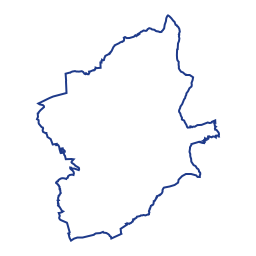 Helegiu, Bacau, Romania
{"feature_id": "2599482B3078952345821", "entity_name": "Helegiu", "entity_type": "district", "adm_level": 2, "iso_a3": "ROU", "parent_name": "Romania", "parent_adm1": "Bacau", "projection": "natural_earth1", "projection_center": [26.779, 46.352], "detail": "fine", "context": "isolated", "style": "outline", "palette": "blue", "viewbox_px": 256, "rotation_deg": 0, "n_neighbors": 0, "source": "geoboundaries", "source_scale": "gbopen_adm2", "svg_char_len": 5731}
<svg xmlns="http://www.w3.org/2000/svg" viewBox="0 0 256 256"><path d="M186.0,75.0L185.8,74.5L185.1,74.4L182.9,72.4L181.0,71.7L179.3,69.3L178.8,68.1L178.9,66.6L178.6,64.7L178.7,61.8L177.5,60.4L177.1,58.8L176.9,55.2L177.1,49.6L177.2,49.3L177.7,49.2L178.0,43.5L179.0,41.0L179.4,38.4L178.9,36.4L179.2,35.2L178.9,34.7L179.2,34.5L179.1,33.4L179.8,31.7L179.3,28.9L178.1,26.7L177.2,26.3L176.9,25.4L175.6,24.8L174.5,21.8L173.3,20.8L171.3,18.2L169.4,16.3L168.0,15.4L167.2,16.2L166.3,18.2L165.9,21.3L164.7,24.7L164.1,28.6L163.3,29.4L163.0,30.1L161.7,31.3L161.5,31.9L160.0,32.1L157.8,31.3L157.2,31.4L155.7,30.9L154.5,29.8L151.9,29.4L151.1,28.7L149.2,28.2L147.5,29.3L146.9,30.4L146.0,30.9L143.5,30.5L142.0,31.5L141.0,31.8L140.0,32.8L138.3,33.8L139.0,34.3L137.2,35.5L136.8,35.2L136.5,35.3L136.1,36.0L135.3,35.3L133.9,36.7L129.5,38.0L126.8,38.1L125.2,37.1L124.6,37.2L123.8,37.8L124.2,38.7L123.9,40.7L122.5,41.5L122.4,41.8L121.9,41.7L119.8,42.6L119.1,43.2L114.7,45.3L114.7,45.6L113.4,47.1L111.7,50.8L110.1,53.1L110.0,52.7L108.6,54.2L105.3,55.9L105.0,56.9L104.6,57.4L103.9,60.1L102.7,60.4L102.0,59.8L101.8,60.6L101.4,61.0L101.5,62.5L100.4,62.5L100.6,67.8L97.1,68.1L95.6,67.6L95.6,68.3L95.3,69.1L95.0,69.1L94.8,69.8L93.6,70.1L93.6,70.4L92.7,70.4L90.4,71.4L89.1,71.6L89.4,72.7L88.7,74.0L88.4,73.8L88.0,74.2L87.3,74.2L86.4,73.8L86.3,73.3L86.1,73.2L85.9,73.7L85.6,73.7L85.4,74.1L84.5,73.8L83.1,71.9L81.8,71.2L79.1,71.6L76.3,71.5L75.0,71.1L72.5,71.5L71.1,72.0L70.3,72.7L69.4,72.7L65.6,73.7L66.1,80.7L66.0,81.4L66.5,93.0L53.2,96.5L49.6,98.0L38.3,103.5L39.7,104.4L42.9,105.1L43.9,106.1L44.0,107.1L40.5,110.2L38.5,112.5L38.4,113.2L37.7,113.5L38.0,116.9L37.0,119.2L38.5,120.0L38.7,121.0L38.6,122.8L38.9,123.8L41.7,127.2L42.9,127.6L43.1,128.7L42.6,130.1L43.0,131.8L45.0,132.9L46.4,133.0L46.4,133.3L46.2,133.5L46.9,134.6L47.5,137.0L50.7,139.1L52.7,144.5L56.5,143.9L56.3,145.1L57.1,145.1L57.7,144.7L58.5,145.4L59.2,147.0L59.6,149.4L60.2,151.4L60.6,151.5L60.7,152.1L60.5,152.7L60.8,153.1L62.0,152.9L61.0,148.6L62.7,148.3L63.0,149.7L63.3,149.6L64.7,150.9L64.8,151.7L63.4,152.0L64.4,155.2L65.0,155.9L65.8,159.2L71.4,159.0L73.6,159.3L71.7,161.4L71.5,162.4L71.9,162.9L74.4,164.6L75.3,165.7L78.6,167.6L79.0,168.1L79.1,169.5L78.8,170.1L74.4,168.6L72.9,168.6L72.3,168.9L71.3,167.7L70.2,167.5L70.2,168.2L70.6,169.0L72.5,170.5L73.6,171.9L73.9,173.3L73.5,175.0L72.1,174.6L69.7,175.0L68.0,176.3L67.8,177.7L66.1,178.6L66.1,178.9L64.0,178.3L62.1,178.2L60.7,178.6L59.1,179.6L58.2,180.4L58.0,181.3L56.8,181.6L56.7,182.1L56.1,182.5L56.1,183.0L57.9,184.4L58.5,185.1L58.4,185.4L59.1,186.0L59.2,186.6L59.6,186.9L59.5,188.3L60.1,188.8L60.1,189.5L59.8,189.7L60.3,190.3L60.4,192.4L60.8,193.0L59.4,194.9L59.5,195.0L59.3,195.5L58.6,195.8L58.5,196.9L58.2,197.4L58.2,197.6L58.1,198.6L58.2,199.6L58.7,200.2L57.7,200.5L58.0,201.0L57.9,202.3L58.1,202.6L57.9,203.5L58.0,203.8L58.5,203.8L58.6,204.3L58.0,205.4L58.6,206.2L59.1,206.2L62.0,210.9L63.1,211.4L62.1,212.1L59.5,213.0L58.8,213.0L59.8,215.9L59.2,217.5L59.3,218.5L60.1,219.6L60.9,220.1L66.9,222.7L67.1,223.1L69.7,232.4L69.3,233.0L68.4,233.4L69.1,234.2L68.7,234.4L69.5,237.7L71.0,240.6L74.1,238.6L76.3,237.9L77.4,237.5L82.7,237.5L93.9,234.8L94.4,234.2L95.9,233.4L100.1,233.1L103.0,231.9L103.5,232.6L106.4,233.0L108.4,234.2L109.3,235.0L109.7,236.0L110.9,236.7L111.3,238.5L119.8,234.6L121.4,233.8L121.1,233.3L120.6,228.8L126.8,224.8L126.0,223.8L126.4,223.7L126.8,224.2L127.6,223.8L127.6,223.6L127.9,223.8L128.9,223.5L129.5,223.8L130.3,223.1L131.1,222.9L132.0,221.9L132.8,221.5L132.9,220.1L133.5,219.8L133.4,219.3L134.4,219.3L134.5,218.8L136.4,217.8L136.9,216.7L139.9,216.1L140.9,215.4L142.3,215.4L143.5,215.0L145.5,215.4L148.0,214.4L148.6,214.6L149.0,214.3L149.1,212.9L149.4,212.3L148.9,211.2L149.0,210.8L149.5,210.0L149.5,209.3L150.0,208.9L149.9,208.3L150.3,207.9L150.9,205.8L151.9,205.4L152.0,205.1L152.6,205.0L153.2,204.5L153.6,203.3L153.6,202.2L154.1,201.5L153.9,201.1L155.1,200.5L155.4,199.5L156.1,198.7L156.2,197.8L156.9,197.5L156.7,196.6L156.8,196.2L158.1,195.8L159.7,194.8L159.9,195.1L161.5,193.6L162.2,192.6L162.6,191.2L162.5,190.1L163.3,188.4L164.0,187.6L169.6,186.5L174.6,185.0L178.1,182.6L178.6,179.7L182.1,176.1L185.9,174.0L191.1,174.0L196.2,175.4L197.5,176.9L199.8,177.0L199.8,175.2L200.1,174.9L200.3,173.9L200.1,172.5L199.0,171.6L198.9,170.4L198.2,169.1L197.0,168.4L195.6,166.1L193.6,165.1L191.3,161.6L191.1,158.7L190.4,156.8L190.2,155.2L190.3,154.1L189.5,151.9L190.0,148.4L190.0,147.3L191.4,144.8L191.4,144.1L199.1,141.8L199.7,142.1L200.0,141.8L200.3,141.8L201.0,142.0L201.2,142.6L202.3,142.6L202.4,142.9L204.1,143.1L204.1,142.3L203.5,141.6L203.9,141.2L204.7,141.5L204.6,140.9L204.1,140.7L204.5,140.6L203.8,140.4L203.9,140.2L204.1,140.2L204.3,139.8L204.9,139.7L205.0,138.6L205.6,139.2L206.0,138.5L206.8,138.7L207.1,139.0L208.3,138.8L208.5,138.3L208.0,137.0L208.1,136.4L209.2,136.3L209.4,136.5L209.5,136.8L210.7,136.9L211.7,137.3L212.8,136.5L214.6,136.6L215.5,137.2L215.4,136.6L215.9,136.6L215.7,136.0L215.8,135.7L217.4,135.5L217.9,135.6L218.6,136.5L218.9,136.5L218.7,135.7L219.0,134.7L218.9,133.5L218.6,132.6L216.4,129.8L215.2,129.7L214.9,128.4L215.1,127.8L215.2,127.2L215.9,126.7L214.9,126.0L214.6,124.0L214.2,123.4L214.2,121.8L214.7,121.6L215.3,122.1L215.2,120.4L212.6,121.5L211.9,121.8L211.7,122.5L210.4,122.9L209.5,123.0L207.7,122.5L201.5,124.9L197.4,125.1L194.8,126.7L193.2,126.6L192.1,127.2L190.8,126.3L190.3,126.3L190.2,127.4L187.7,127.6L187.1,126.9L186.4,124.9L184.8,122.2L184.2,120.6L181.9,119.5L181.8,119.1L182.0,117.8L180.8,115.6L180.3,113.5L179.1,111.8L179.1,110.3L180.2,107.8L180.4,106.6L182.2,104.1L184.1,99.3L185.1,98.1L185.4,96.5L186.2,95.0L186.4,93.4L188.1,91.1L189.4,88.3L191.5,86.5L191.8,84.9L191.5,83.0L192.6,80.1L193.1,77.3L189.7,75.0L186.0,75.0Z" fill="none" stroke="#1e3a8a" stroke-width="2"/></svg>